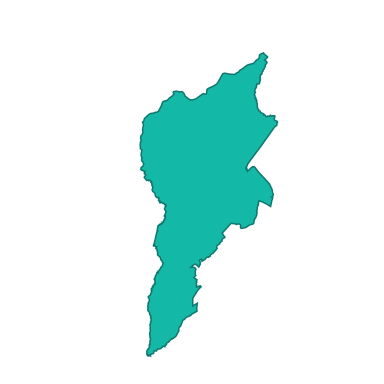 Fonseca, La Guajira, Colombia (Natural Earth projection), rotated 222°
{"feature_id": "7082276B74477010851757", "entity_name": "Fonseca", "entity_type": "district", "adm_level": 2, "iso_a3": "COL", "parent_name": "Colombia", "parent_adm1": "La Guajira", "projection": "natural_earth1", "projection_center": [-72.81, 10.843], "detail": "fine", "context": "isolated", "style": "filled", "palette": "teal", "viewbox_px": 384, "rotation_deg": 222, "n_neighbors": 0, "source": "geoboundaries", "source_scale": "gbopen_adm2", "svg_char_len": 6066}
<svg xmlns="http://www.w3.org/2000/svg" viewBox="0 0 384 384"><g transform="rotate(222 192 192)"><path d="M114.8,40.8L114.8,41.3L114.4,41.5L114.4,42.3L113.1,42.4L114.1,43.5L113.6,44.9L112.9,45.6L112.6,46.4L113.8,48.3L112.8,49.7L112.1,49.9L112.4,52.1L111.0,53.9L110.9,54.3L110.5,54.6L110.1,58.4L108.7,58.8L109.1,59.7L108.9,61.6L109.5,62.1L109.7,62.9L108.9,64.9L109.1,65.3L109.0,68.5L108.6,69.0L108.8,69.8L108.2,70.0L107.6,72.6L107.5,74.8L108.3,77.2L108.8,80.1L110.2,81.1L111.0,83.0L110.7,84.7L113.0,90.5L112.4,92.2L112.4,94.6L111.9,96.2L110.5,99.0L110.4,101.3L108.5,106.7L110.8,108.8L113.6,112.9L115.2,107.9L119.7,112.8L120.5,114.1L121.2,119.0L121.7,121.0L122.0,124.1L121.8,127.6L123.1,127.7L123.2,127.2L123.3,127.4L125.3,124.4L126.5,126.2L127.9,126.9L128.1,128.4L129.0,128.6L129.5,130.1L133.4,129.7L133.3,132.5L134.5,133.0L136.6,135.4L137.5,137.4L139.8,137.5L141.7,136.3L142.3,135.5L142.3,137.5L141.7,140.1L141.3,140.5L139.8,140.9L136.7,140.7L136.9,141.8L137.5,142.4L137.2,143.2L137.4,143.6L137.9,143.9L138.4,145.1L140.6,146.1L140.6,146.9L140.5,147.6L139.8,148.4L138.3,147.2L138.0,147.8L137.2,150.8L137.6,151.7L136.8,154.6L136.1,154.6L135.5,156.4L136.2,157.7L135.4,160.5L135.4,164.1L135.6,166.9L137.7,168.4L136.7,172.1L137.5,173.2L136.8,175.6L138.1,176.8L137.2,180.4L142.0,181.5L142.0,194.7L139.1,197.0L137.3,197.6L136.2,199.4L135.3,199.9L134.5,200.1L133.5,199.8L132.3,198.1L131.5,197.8L130.6,198.3L128.1,201.9L127.7,204.1L126.8,206.7L125.1,209.3L125.6,210.9L126.7,212.0L126.7,212.7L127.4,214.0L127.6,216.2L128.2,216.9L128.5,218.2L129.6,219.5L129.9,220.4L131.4,221.2L131.6,222.3L133.1,224.0L134.1,226.9L134.5,227.0L134.6,227.7L135.7,228.8L135.9,229.9L136.4,230.3L133.0,231.7L127.7,233.2L123.9,233.8L126.8,238.8L128.2,241.8L129.4,241.5L129.0,242.1L129.3,242.3L129.1,242.8L129.9,244.6L131.9,245.6L134.1,247.4L140.0,249.9L156.6,251.4L161.4,252.4L162.5,252.4L163.8,251.5L164.2,250.0L164.7,244.3L166.1,245.6L166.9,245.1L167.8,245.7L167.4,246.4L168.4,246.9L168.4,247.9L169.4,250.2L171.6,273.9L174.1,295.4L174.0,296.8L173.5,298.1L175.0,300.2L175.0,301.0L176.1,301.5L178.1,300.7L179.0,300.8L180.0,301.6L180.9,303.6L181.6,304.0L183.4,302.2L183.6,301.6L185.0,301.6L185.3,301.0L185.0,299.7L186.5,299.2L187.1,297.5L189.0,298.1L190.2,297.2L190.5,297.9L191.0,298.1L194.0,297.0L195.7,297.7L196.8,297.1L197.6,297.8L198.9,298.0L201.2,299.6L201.7,300.5L203.0,301.6L204.5,302.0L204.7,303.1L205.5,303.2L206.1,303.9L207.1,303.4L207.5,304.7L208.5,304.6L210.0,306.0L211.0,306.1L211.6,308.6L213.1,309.1L213.9,310.7L214.1,312.7L215.0,313.2L214.9,314.1L216.1,315.4L216.1,315.8L214.6,317.0L214.5,317.7L216.3,321.2L217.2,321.5L217.4,322.6L218.7,323.3L219.0,324.3L219.5,324.8L219.5,325.4L219.0,325.7L219.0,326.3L220.2,328.4L220.2,329.6L220.7,329.9L220.6,331.2L221.0,332.0L221.5,334.4L222.6,335.4L222.5,336.5L222.9,338.5L224.4,338.9L226.1,338.4L226.2,341.2L225.9,342.4L226.4,343.1L230.6,342.8L231.9,343.3L233.0,341.2L233.5,339.4L233.3,338.6L232.3,337.4L231.8,336.3L231.8,334.9L232.4,333.1L232.3,328.8L235.2,324.5L235.9,322.9L237.1,316.7L237.9,314.4L237.6,312.3L238.7,309.7L238.9,308.2L239.5,307.4L242.9,304.8L247.3,302.1L248.3,300.5L246.0,290.4L246.0,288.4L247.0,285.0L249.2,279.9L249.5,278.5L248.4,276.5L247.3,275.4L247.1,274.4L247.3,273.8L249.6,272.5L251.4,264.0L253.4,260.5L255.8,259.0L261.4,258.7L264.0,259.9L266.4,260.0L268.2,258.2L271.2,256.4L272.8,254.4L272.7,253.4L271.0,252.9L270.9,249.7L271.7,247.1L271.7,244.8L271.9,243.2L273.6,240.8L274.0,239.2L272.4,235.3L270.9,229.4L271.6,227.7L272.6,226.6L273.7,224.4L275.2,222.8L275.9,220.9L276.5,215.3L276.3,214.2L275.3,212.6L275.5,210.8L273.4,209.7L272.7,209.0L270.7,205.5L268.2,203.3L267.8,202.3L267.4,199.3L265.7,197.0L264.2,196.5L263.9,194.9L262.2,192.6L259.2,189.6L257.3,189.7L255.2,186.1L253.6,184.6L252.0,184.2L251.9,183.4L251.4,182.6L249.7,181.4L248.6,181.5L248.0,181.0L246.8,180.8L245.7,178.3L246.2,176.2L245.1,174.5L243.9,174.4L242.7,175.2L241.3,175.3L240.8,175.9L240.2,175.2L240.4,174.6L239.5,173.6L238.1,173.9L237.6,173.7L237.4,171.0L234.9,170.4L233.3,170.3L232.6,171.7L231.6,171.4L231.0,172.5L230.5,172.8L229.3,172.5L229.1,171.7L227.9,172.1L227.9,171.5L226.5,170.6L226.3,170.0L224.8,169.8L223.5,168.2L223.4,167.3L222.5,166.5L221.4,166.1L220.7,166.4L218.5,166.2L216.5,164.5L214.4,164.3L213.3,165.5L212.7,165.5L212.4,165.3L212.3,164.6L211.7,164.2L211.5,163.5L210.7,163.3L209.7,163.7L209.6,163.0L208.9,162.4L208.3,162.7L208.5,163.6L207.4,164.0L206.5,163.8L204.7,164.9L204.1,164.4L202.9,165.0L202.3,164.5L202.5,164.1L201.9,163.9L202.2,163.3L201.3,161.9L201.1,160.9L198.3,160.2L197.0,157.7L196.9,156.6L196.1,156.5L196.5,155.7L195.9,155.3L194.9,155.6L194.3,154.3L194.4,153.8L194.1,153.5L194.3,153.4L193.9,152.7L194.1,152.0L193.1,150.7L193.7,149.9L193.4,150.0L193.5,149.5L193.1,149.1L193.6,148.1L193.1,147.7L193.4,147.3L193.7,147.5L194.0,147.2L194.0,146.4L194.3,146.3L193.9,145.5L194.7,144.9L194.6,144.1L192.2,140.1L191.2,139.8L191.4,138.8L186.0,129.2L184.8,126.3L184.3,126.2L183.7,127.4L182.9,127.0L181.6,127.7L181.3,127.0L181.4,126.1L181.1,125.8L179.2,125.9L178.7,125.0L177.2,124.1L175.5,122.2L172.0,122.2L169.6,120.7L168.6,120.9L167.1,120.0L165.9,120.0L165.5,118.7L164.6,117.1L164.7,115.4L163.9,112.0L164.3,110.5L163.1,109.6L164.1,109.2L164.1,108.4L163.4,107.3L163.1,105.2L162.2,103.9L162.1,103.2L161.7,102.9L161.9,102.0L160.6,101.8L160.4,101.1L159.6,100.9L158.2,99.4L158.7,99.1L157.8,98.2L158.3,97.6L158.3,96.2L157.8,95.6L157.9,94.9L157.1,94.8L157.6,93.1L156.3,91.7L155.9,92.1L155.7,91.6L155.9,91.2L154.9,90.3L154.5,88.3L154.0,87.8L154.1,86.6L154.5,85.5L154.4,84.9L153.8,84.3L152.2,83.9L151.0,82.7L150.7,82.2L150.3,80.1L149.5,79.4L148.1,77.0L147.0,76.6L146.2,75.0L145.3,74.4L143.0,74.0L141.0,72.5L140.6,72.6L139.7,72.2L139.2,71.8L139.0,71.1L138.4,71.1L138.3,70.7L137.3,70.7L137.1,69.9L136.2,69.1L136.1,68.0L135.2,67.2L134.6,65.4L132.9,64.0L131.4,62.1L129.8,60.8L129.5,59.6L127.9,57.6L125.9,56.1L125.8,55.6L124.6,55.1L123.8,54.1L123.7,53.3L121.9,51.4L121.8,50.7L121.3,50.6L121.6,50.1L119.5,47.6L119.7,45.3L119.3,45.0L119.1,43.6L117.1,41.3L116.2,41.6L115.9,40.7L114.8,40.8Z" fill="#14b8a6" stroke="#0f766e" stroke-width="1.5"/></g></svg>